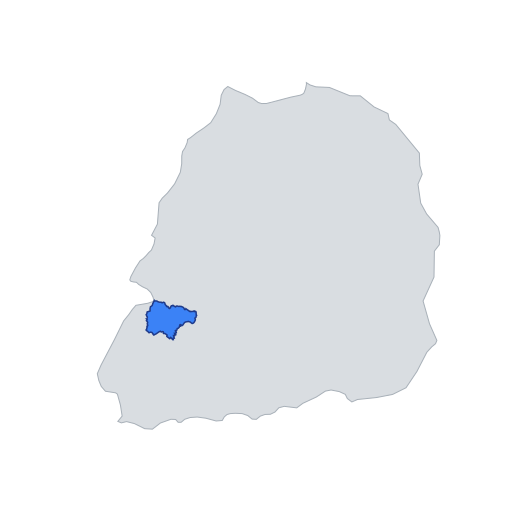 Mataojo, Salto, Uruguay (highlighted), rotated 254°
{"feature_id": "84410073B62667740173321", "entity_name": "Mataojo", "entity_type": "district", "adm_level": 2, "iso_a3": "URY", "parent_name": "Uruguay", "parent_adm1": "Salto", "projection": "albers", "projection_center": [-56.339, -31.222], "detail": "fine", "context": "in_parent", "style": "filled", "palette": "blue", "viewbox_px": 512, "rotation_deg": 254, "n_neighbors": 0, "source": "geoboundaries", "source_scale": "gbopen_adm2", "svg_char_len": 6245}
<svg xmlns="http://www.w3.org/2000/svg" viewBox="0 0 512 512"><g transform="rotate(254 256 256)"><path d="M408.8,352.2L405.6,355.0L402.1,360.2L397.8,373.0L384.1,390.5L381.2,400.4L366.7,410.6L356.5,422.1L350.0,421.7L344.0,426.6L309.9,441.4L297.8,438.4L288.8,438.3L280.4,431.5L261.4,428.9L249.4,431.6L233.3,438.9L228.4,438.8L225.0,438.4L216.3,435.3L211.5,428.8L186.7,421.3L166.7,404.2L143.0,404.1L125.0,406.6L122.2,404.4L120.3,400.0L116.4,393.7L100.6,378.8L88.0,363.9L85.3,349.2L86.7,333.0L90.1,313.9L89.3,307.9L93.8,304.5L98.4,303.7L102.7,298.7L106.5,291.2L107.0,285.5L103.8,275.1L101.5,260.5L98.8,253.3L103.7,241.7L103.8,236.1L100.8,231.3L99.9,226.2L101.2,221.0L100.9,216.0L98.9,211.3L100.3,207.3L104.9,204.1L108.3,199.3L110.5,192.8L111.6,187.8L111.6,184.4L110.1,181.2L107.2,178.2L108.4,172.2L113.9,163.1L117.4,155.1L118.9,148.1L118.7,142.5L116.8,138.2L117.6,135.3L121.0,133.7L122.5,129.2L121.8,118.0L118.1,108.7L120.7,101.4L128.5,92.8L132.5,85.9L132.7,80.6L135.1,77.6L139.0,83.2L150.1,84.6L161.4,84.7L163.2,83.3L167.5,74.0L173.3,71.3L179.6,70.6L186.6,71.0L194.0,77.1L214.8,97.0L230.1,110.9L234.7,117.5L238.7,122.4L241.7,127.0L240.4,138.8L240.6,144.0L241.3,145.5L244.8,145.7L249.9,144.8L254.3,142.3L257.6,138.5L261.0,135.4L263.7,133.8L264.7,131.3L266.2,128.7L267.8,128.1L270.8,130.1L277.8,136.9L283.3,143.2L284.6,146.8L286.7,150.6L288.9,153.9L290.5,157.1L295.7,161.3L301.1,164.0L304.7,161.3L313.8,170.0L333.9,177.5L337.5,181.9L340.9,188.2L347.8,197.7L357.3,206.3L365.1,210.0L372.6,212.2L376.7,214.2L379.5,217.5L384.0,221.1L386.9,222.4L387.8,225.6L390.6,232.4L393.4,241.1L396.6,249.2L403.7,257.1L411.7,263.3L420.1,266.9L424.8,271.2L426.7,275.6L420.8,281.9L414.4,289.9L408.7,296.1L403.0,300.4L401.0,303.4L399.7,308.2L399.1,333.4L398.4,342.8L398.7,345.3L399.5,347.0L402.9,349.6L407.1,351.8L408.8,352.2Z" fill="#d9dde1" stroke="#a8b0b8" stroke-width="1"/><path d="M198.4,153.4L199.4,153.5L199.9,153.9L199.6,154.8L202.2,154.8L201.8,155.9L202.0,156.2L203.5,156.2L203.9,156.3L203.0,156.9L202.8,157.2L203.9,157.3L204.3,157.7L204.3,158.3L204.8,158.3L206.1,157.8L206.5,157.9L206.6,158.4L206.3,159.1L206.9,159.7L207.7,160.1L208.0,160.3L208.0,161.4L208.7,162.6L209.6,163.1L209.4,163.5L209.3,164.2L209.7,164.4L210.1,164.0L210.4,163.7L210.8,163.8L211.0,164.3L210.5,165.0L209.7,165.4L209.5,165.8L210.0,166.9L211.1,168.1L211.8,169.2L212.0,170.2L211.7,173.1L211.2,173.6L210.9,174.4L209.7,175.2L208.7,176.0L208.7,176.8L208.9,177.6L209.7,178.7L210.9,179.8L211.6,180.2L212.5,180.1L213.1,180.1L213.3,180.6L213.4,181.1L213.9,181.6L214.9,181.9L215.1,182.5L216.1,182.5L216.5,182.4L217.8,182.8L218.5,182.9L218.8,182.8L219.0,182.9L219.4,182.7L219.5,182.6L219.6,181.9L219.5,181.7L219.8,181.5L220.3,181.4L220.3,181.1L220.2,180.9L220.1,180.7L220.0,180.4L220.0,180.2L220.1,179.9L220.2,179.7L220.3,179.5L220.4,179.3L220.4,179.0L220.4,178.6L220.5,178.3L220.5,178.1L220.5,177.9L220.9,177.7L221.0,177.6L221.0,177.4L221.0,177.1L221.0,176.9L221.1,176.7L221.6,176.5L221.8,176.5L222.0,176.3L222.2,176.1L222.4,176.0L222.5,175.8L222.7,175.6L222.9,175.4L223.1,175.3L223.3,175.1L223.5,175.0L224.6,174.1L224.4,174.0L224.3,173.8L224.1,173.3L224.0,173.1L224.1,172.8L224.2,172.7L224.4,172.7L224.6,172.7L224.8,172.5L224.9,172.4L225.2,172.5L225.5,172.4L225.8,172.3L226.3,172.2L226.5,172.0L227.0,171.6L227.6,170.9L227.7,170.7L227.9,170.4L228.1,170.3L228.4,169.3L228.7,169.0L228.7,168.0L229.8,166.2L229.7,165.8L229.5,165.3L229.3,164.4L229.6,164.2L229.8,164.1L230.0,164.1L230.1,163.9L230.2,163.6L230.3,163.5L230.5,163.4L230.6,163.2L230.9,163.0L231.3,162.9L231.5,162.5L231.2,162.3L231.2,161.9L231.3,161.7L231.4,161.1L231.5,161.0L231.5,160.9L231.1,160.5L230.9,160.3L230.8,160.2L230.7,160.0L230.5,159.9L230.3,159.8L230.0,159.6L229.8,159.3L229.7,159.3L229.6,159.1L229.7,158.8L229.6,158.7L229.4,158.3L229.6,158.1L229.9,157.9L230.0,157.9L230.4,157.8L230.5,157.8L230.5,157.7L230.8,157.6L231.0,157.6L231.3,157.5L231.5,157.5L231.5,157.4L231.7,157.0L231.8,156.7L232.0,156.3L232.3,156.3L232.6,156.4L232.7,156.2L232.8,156.0L233.0,156.0L233.1,155.9L233.3,155.9L234.2,155.4L234.7,155.3L234.9,155.3L235.2,155.4L235.7,155.3L236.2,155.3L236.5,155.0L236.7,154.8L237.0,154.6L237.0,154.4L237.0,154.2L237.0,153.6L236.9,153.4L236.9,152.8L237.6,152.3L237.6,152.2L237.9,151.5L238.2,150.5L238.3,150.3L238.8,149.6L239.2,149.0L239.4,148.8L239.6,148.7L239.8,148.6L240.1,148.1L240.5,147.3L240.5,147.2L240.5,146.9L240.6,146.1L240.9,145.8L241.0,145.8L240.9,145.7L239.9,144.7L239.4,144.4L239.0,143.8L238.9,143.8L237.2,142.7L236.7,141.9L236.5,141.4L236.4,140.7L236.2,140.5L236.1,140.4L235.6,140.2L234.3,139.5L234.0,139.4L233.9,139.4L233.6,139.4L232.5,139.1L232.4,139.0L232.3,138.9L232.2,138.8L232.3,138.1L232.3,137.7L232.3,137.4L232.2,136.9L232.3,136.3L232.3,136.2L232.2,135.9L230.9,135.3L230.7,135.2L230.3,134.8L230.1,134.7L229.8,134.2L228.9,134.4L228.2,134.4L227.9,134.7L227.4,134.7L227.1,134.7L226.8,134.6L226.4,134.3L226.0,134.1L225.8,133.8L225.7,133.8L225.7,133.7L225.6,133.8L225.4,133.7L225.2,133.6L224.9,133.8L224.6,133.3L224.6,133.2L224.4,132.9L223.9,132.9L223.6,133.2L223.3,133.2L223.2,133.4L223.0,133.5L222.8,133.5L222.6,133.5L222.3,133.5L222.2,133.5L221.8,133.5L221.7,133.4L221.3,133.0L221.2,132.9L220.4,132.9L220.2,132.9L220.0,132.7L219.9,132.7L219.6,132.7L219.4,132.6L219.2,132.8L218.9,132.7L218.6,132.4L218.5,132.2L218.4,131.8L218.1,131.7L217.8,131.6L217.7,131.8L217.5,131.7L217.3,131.5L217.2,131.5L216.8,131.3L216.7,131.2L216.4,131.0L216.1,130.8L215.8,130.8L215.7,130.6L215.5,130.4L215.4,130.1L215.2,130.1L214.9,130.0L214.7,130.0L214.4,130.3L214.2,130.4L213.5,131.1L213.0,131.3L212.9,131.4L211.8,131.9L211.7,132.1L211.7,132.4L211.7,132.5L211.9,133.3L211.8,133.5L211.8,133.8L211.8,134.0L211.7,134.1L211.4,134.4L211.3,134.7L211.2,134.9L211.1,135.0L210.8,135.1L210.7,135.1L210.4,135.2L210.2,135.3L209.9,135.3L209.5,135.4L209.5,135.5L209.3,135.5L209.2,135.6L208.9,135.6L208.8,135.8L208.6,135.9L208.4,135.9L208.4,136.1L208.2,136.2L208.5,137.3L208.7,138.6L209.8,141.7L210.0,142.9L210.0,143.4L209.1,143.9L209.0,144.3L209.1,145.3L208.8,145.9L208.1,145.9L207.1,145.7L206.8,146.1L206.7,147.0L204.7,148.7L204.2,148.7L203.7,148.2L203.3,148.1L202.3,148.7L201.7,149.4L200.5,150.0L200.3,150.3L200.8,151.1L201.2,151.6L200.2,152.1L199.3,152.5L198.5,152.9L198.4,153.4Z" fill="#3b82f6" stroke="#1e3a8a" stroke-width="1.5"/></g></svg>